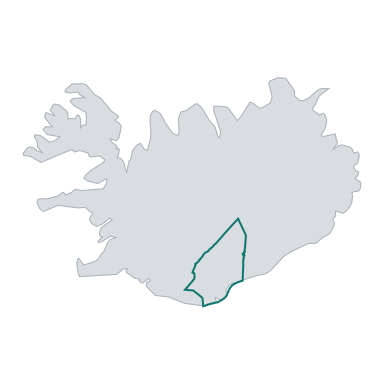 Skaftárhreppur, Suðurland, Iceland shown in context
{"feature_id": "244011B24957701647142", "entity_name": "Skaftárhreppur", "entity_type": "district", "adm_level": 2, "iso_a3": "ISL", "parent_name": "Iceland", "parent_adm1": "Suðurland", "projection": "mercator", "projection_center": [-18.128, 64.02], "detail": "fine", "context": "in_parent", "style": "outline", "palette": "teal", "viewbox_px": 384, "rotation_deg": 0, "n_neighbors": 0, "source": "geoboundaries", "source_scale": "gbopen_adm2", "svg_char_len": 7281}
<svg xmlns="http://www.w3.org/2000/svg" viewBox="0 0 384 384"><path d="M299.5,100.4L303.1,100.7L308.9,98.0L317.3,90.3L320.8,88.6L328.9,88.6L319.1,96.1L315.4,104.3L312.7,108.3L312.7,110.1L319.6,115.0L322.9,113.4L324.4,114.0L325.7,116.3L326.6,120.9L326.0,125.7L324.0,130.5L321.3,134.5L321.7,135.7L323.8,136.4L335.2,134.0L336.4,139.8L337.4,141.7L337.1,143.7L332.6,149.9L337.9,146.0L342.1,144.9L349.3,146.9L352.2,149.1L353.9,153.1L357.5,151.9L359.1,154.1L359.2,156.5L357.6,163.1L353.3,166.4L355.9,171.1L358.0,171.2L358.4,172.3L358.2,175.1L354.9,178.4L360.3,182.0L361.0,183.4L360.6,187.5L359.7,189.9L358.1,191.3L354.2,191.5L351.8,193.0L352.6,195.6L351.8,202.6L348.8,208.3L345.9,211.3L343.1,213.3L335.4,211.1L335.7,216.0L332.9,219.0L333.4,221.5L334.4,222.8L333.9,226.0L330.4,232.7L327.9,234.8L322.9,237.4L315.7,243.4L308.4,243.4L290.6,251.9L283.5,256.6L270.9,270.3L265.6,273.9L256.5,275.6L229.2,284.6L226.1,289.9L226.0,291.1L227.2,293.2L225.1,296.9L221.0,299.7L219.1,299.6L215.7,297.4L215.2,298.5L216.6,301.3L203.3,305.9L184.8,303.4L168.4,296.9L155.4,295.5L146.3,286.4L146.1,284.9L147.0,282.1L150.3,281.0L148.8,278.1L143.2,283.0L141.4,282.9L139.1,280.9L139.0,279.0L134.4,278.2L126.4,272.3L125.8,271.0L127.7,269.1L127.3,268.7L123.0,269.0L116.7,274.4L79.5,276.6L78.2,273.7L76.7,263.1L78.0,258.5L79.5,259.0L83.9,265.0L93.9,261.7L97.9,259.4L101.7,253.5L103.8,251.7L106.9,244.2L109.9,239.6L116.3,237.5L110.6,236.1L101.2,242.1L98.0,242.1L99.5,239.5L102.7,236.6L100.5,236.4L99.6,235.0L99.6,232.2L101.2,227.7L112.3,219.7L109.7,218.2L102.0,224.3L96.4,226.4L91.8,223.6L89.6,219.8L89.8,218.2L92.4,213.4L92.0,212.4L90.2,211.9L85.2,207.5L77.4,207.9L58.0,205.3L43.4,211.5L39.8,208.7L37.0,202.5L37.5,200.1L40.1,198.7L47.3,198.9L57.8,196.0L62.6,192.4L64.4,193.3L65.3,195.0L71.8,192.3L75.3,189.1L81.1,190.6L103.0,188.9L105.8,184.7L107.0,179.8L106.5,178.7L98.4,183.3L96.6,183.3L87.3,180.8L83.9,178.1L85.0,175.8L90.0,171.0L102.5,163.0L104.3,161.4L104.5,159.5L99.5,156.0L90.0,157.0L87.6,152.9L79.7,150.5L74.5,152.0L71.7,149.5L40.9,162.4L30.8,156.5L23.7,155.5L23.0,153.7L27.2,148.0L30.1,147.0L32.9,147.5L38.4,151.4L42.2,152.7L37.5,146.9L37.2,141.2L35.8,139.8L34.3,136.1L34.9,134.8L40.6,135.6L49.7,142.1L54.1,141.0L59.9,136.8L46.9,134.4L42.9,129.3L45.8,126.6L52.5,127.0L45.0,118.1L44.7,116.5L45.9,112.6L55.3,116.0L50.3,110.7L50.2,109.6L51.6,108.6L52.4,105.3L54.7,104.0L59.4,105.1L66.8,111.3L67.8,113.0L68.1,119.2L71.0,118.3L74.4,119.1L77.3,114.9L79.2,115.9L80.8,119.7L80.6,127.9L82.6,125.1L86.0,124.8L86.5,118.0L85.9,112.5L74.7,106.2L70.3,101.6L70.8,100.0L73.0,98.6L84.7,97.5L79.7,94.8L78.4,92.0L69.6,93.0L65.1,91.9L65.0,90.5L66.8,88.4L72.1,84.0L82.4,83.7L86.5,84.9L94.4,94.4L100.7,98.2L111.3,111.0L118.0,115.9L118.3,117.2L117.2,118.6L114.6,120.3L118.6,122.5L121.1,125.8L121.2,127.2L119.0,137.4L116.5,140.7L110.2,138.8L111.7,142.0L116.2,145.4L117.2,147.3L116.5,149.2L118.7,148.6L119.3,149.7L118.4,155.4L117.2,157.5L120.9,158.6L123.5,161.5L126.6,172.9L128.3,164.1L129.2,160.9L130.7,159.7L132.5,150.7L136.7,145.3L140.6,143.3L144.6,149.6L147.5,150.2L150.5,139.1L150.9,130.9L150.0,121.8L150.5,115.3L152.5,111.4L155.2,110.2L160.8,114.1L165.5,123.2L172.5,133.0L177.4,135.4L178.2,135.1L179.1,131.9L178.4,119.0L180.7,112.1L186.5,110.4L195.3,104.0L197.3,103.8L201.6,107.5L209.4,120.6L214.9,126.6L217.8,136.2L219.1,138.0L220.3,135.0L220.4,130.7L213.7,110.8L213.6,108.0L214.3,105.9L226.4,106.9L229.1,109.2L237.4,120.6L241.5,115.9L249.7,102.4L252.5,102.8L259.5,108.3L262.2,107.8L270.4,102.9L272.1,96.6L268.7,83.6L270.1,80.9L277.7,77.7L285.8,78.3L294.3,90.4L294.6,96.0L299.5,100.4Z" fill="#d9dde1" stroke="#a8b0b8" stroke-width="1"/><path d="M238.1,218.7L231.7,225.6L223.5,234.7L222.4,236.0L221.9,236.7L221.1,237.6L220.4,238.4L217.9,241.2L217.2,242.0L216.8,242.5L216.4,242.9L215.8,243.7L215.4,243.9L215.2,243.9L214.9,244.2L214.6,244.5L214.3,244.8L214.0,245.2L213.5,245.8L213.4,245.9L212.6,246.7L212.5,246.8L212.4,246.9L211.8,247.5L211.5,247.8L211.2,248.0L210.4,248.6L210.0,248.9L209.9,249.0L209.6,249.3L209.5,249.6L209.3,249.8L208.7,250.3L208.6,250.5L208.5,250.8L208.3,251.0L208.1,251.2L207.9,251.4L207.7,251.5L207.3,251.7L207.0,251.9L206.7,252.0L206.3,252.1L206.2,252.1L205.7,252.4L205.0,252.9L204.5,253.5L204.1,253.9L203.9,254.1L203.7,254.3L203.5,254.5L202.8,255.7L202.7,256.0L202.6,256.4L202.5,256.5L202.3,256.7L202.1,256.9L201.9,257.1L201.4,257.7L201.0,258.1L200.7,258.4L200.6,258.7L200.3,258.8L200.2,259.1L200.1,259.3L200.0,259.5L199.8,259.7L199.7,259.8L199.4,259.9L199.3,260.0L199.2,260.0L199.1,260.3L199.0,260.5L198.9,260.8L198.7,261.1L198.5,261.3L198.4,261.4L198.2,261.6L198.0,261.9L197.9,262.0L197.1,262.6L196.7,263.0L195.6,263.7L195.4,263.8L195.3,264.0L195.5,264.2L195.6,264.4L195.6,264.5L195.5,264.8L195.4,264.9L195.4,265.0L195.5,265.0L195.5,265.3L195.4,265.4L195.3,265.5L195.2,265.6L195.1,265.8L195.1,266.0L194.2,268.3L193.8,269.0L192.6,272.1L192.4,272.6L192.6,272.7L194.2,273.2L194.5,275.7L194.4,278.5L192.7,280.8L191.7,282.0L190.2,283.7L185.0,289.8L193.3,290.5L197.8,294.1L202.4,297.9L202.6,299.4L203.2,306.3L203.4,306.3L203.8,306.1L204.0,306.0L204.6,305.9L205.2,305.7L205.9,305.4L206.4,305.2L207.1,305.0L207.6,304.8L208.2,304.5L208.6,304.5L209.4,304.2L210.2,304.0L210.4,304.0L210.6,303.9L211.0,303.8L212.4,303.6L212.5,303.5L212.9,303.4L213.5,303.2L214.2,303.0L215.5,302.7L216.1,302.6L216.4,302.5L216.6,302.5L216.9,302.4L217.1,302.4L217.3,302.3L217.6,302.3L217.7,302.2L217.9,302.3L218.0,302.3L218.1,302.2L218.4,302.0L218.8,301.7L219.0,301.6L219.3,301.4L219.5,301.3L219.6,301.2L220.1,300.9L220.4,300.7L220.7,300.6L220.9,300.5L221.5,300.2L221.8,300.0L221.9,299.9L222.5,299.5L222.9,299.3L223.5,298.9L223.7,298.7L223.8,298.7L224.0,298.5L224.1,298.4L224.3,298.2L224.9,297.7L225.3,297.3L226.3,296.2L226.6,295.6L226.7,295.4L226.9,295.2L227.0,294.9L227.1,294.6L227.2,294.3L227.4,293.9L227.5,293.6L227.5,293.4L227.7,292.8L227.8,292.7L228.0,292.3L228.1,292.1L228.2,291.9L228.3,291.7L228.3,291.4L228.4,291.2L228.5,291.1L228.6,290.8L228.8,290.4L229.0,290.1L229.1,289.9L229.2,289.7L229.3,289.4L229.4,289.2L229.7,288.7L229.8,288.6L229.8,288.4L229.9,288.2L230.0,287.9L230.3,287.7L230.6,287.2L230.8,286.9L231.1,286.5L231.5,286.1L231.8,285.8L232.0,285.6L232.0,285.4L232.3,285.3L232.7,285.0L233.0,284.8L233.3,284.5L233.6,284.3L234.0,284.1L234.5,283.8L234.9,283.6L235.1,283.5L235.3,283.4L235.5,283.4L236.1,283.0L236.9,282.6L237.6,282.3L237.9,282.3L238.5,282.1L238.8,282.0L238.9,281.9L239.1,281.9L239.4,281.7L239.7,281.6L240.3,281.4L240.5,281.3L240.8,281.2L241.0,281.2L241.3,281.1L241.8,280.9L242.4,280.7L242.6,280.7L243.3,264.5L243.1,261.7L243.1,261.3L243.2,261.0L243.3,260.8L243.3,260.7L243.3,260.3L243.4,260.2L243.4,259.9L243.4,259.7L243.5,259.5L243.5,259.4L243.6,259.1L243.5,258.9L243.6,258.7L243.5,258.4L243.5,258.2L243.5,257.9L243.5,257.7L243.7,257.4L243.6,257.2L243.6,256.9L243.7,256.7L243.8,256.4L243.8,256.2L243.8,255.9L244.0,255.8L243.9,255.7L244.0,255.7L244.0,255.4L244.0,255.2L243.9,255.0L243.8,254.9L243.8,254.7L243.9,254.4L244.0,254.4L243.9,254.2L243.8,253.9L243.8,253.7L243.7,253.7L243.8,253.6L243.7,253.5L243.6,253.4L243.4,253.3L243.5,253.2L243.6,252.9L243.6,252.6L243.8,252.4L243.9,252.2L244.0,252.2L244.2,251.9L244.3,251.9L244.3,252.0L244.5,252.1L244.7,251.9L244.8,251.9L244.8,251.7L244.7,251.6L244.5,251.3L245.1,246.7L245.9,235.3L242.1,227.2L238.1,218.7Z" fill="none" stroke="#0f766e" stroke-width="2"/></svg>